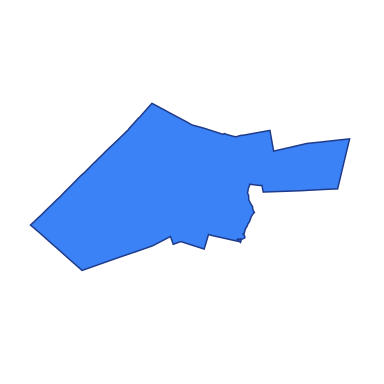 the district of Valcelele, Buzau, Romania, rotated 28°
{"feature_id": "2599482B18709155203204", "entity_name": "Valcelele", "entity_type": "district", "adm_level": 2, "iso_a3": "ROU", "parent_name": "Romania", "parent_adm1": "Buzau", "projection": "mercator", "projection_center": [27.37, 45.349], "detail": "fine", "context": "isolated", "style": "filled", "palette": "blue", "viewbox_px": 384, "rotation_deg": 28, "n_neighbors": 0, "source": "geoboundaries", "source_scale": "gbopen_adm2", "svg_char_len": 2816}
<svg xmlns="http://www.w3.org/2000/svg" viewBox="0 0 384 384"><g transform="rotate(28 192 192)"><path d="M204.9,241.5L205.3,241.3L205.9,241.0L206.2,240.9L206.3,240.8L206.5,240.8L207.1,240.7L213.4,239.6L218.2,238.7L224.3,237.6L229.5,236.7L228.4,230.9L226.5,221.8L229.5,221.2L233.2,220.2L247.7,216.2L256.7,213.7L257.4,213.6L257.6,213.6L258.1,213.6L258.5,213.7L258.4,213.3L258.3,212.7L258.1,212.0L258.0,211.5L257.2,211.7L256.6,211.9L255.5,212.3L254.9,212.5L254.5,212.6L254.2,212.6L254.3,212.4L254.6,212.0L256.0,211.4L256.8,210.8L257.9,210.2L258.7,209.7L259.2,209.1L259.9,208.0L260.1,207.5L258.9,205.9L257.9,205.2L256.7,205.2L256.9,204.7L257.4,204.4L257.5,204.0L256.5,199.4L256.7,196.8L256.5,194.7L256.3,193.8L256.6,192.3L256.6,190.8L256.5,190.1L256.0,186.9L255.9,185.3L256.2,182.3L256.7,180.7L254.6,179.5L253.0,177.6L252.2,176.3L250.5,175.5L247.4,173.4L246.4,172.7L245.6,171.9L243.5,168.3L242.5,167.6L241.4,166.8L240.9,164.7L240.2,163.1L239.8,160.6L239.7,159.1L239.2,158.1L249.1,154.3L250.6,153.3L254.9,158.6L259.1,156.2L287.3,139.9L295.7,134.8L301.4,131.4L302.2,130.9L307.4,127.8L309.1,126.8L309.5,126.5L311.5,125.3L314.1,123.8L317.9,121.6L319.1,120.9L318.9,120.3L318.5,118.7L317.4,114.3L315.4,106.6L312.6,95.9L309.9,85.5L309.5,84.0L309.0,82.0L307.1,74.6L306.7,72.9L306.3,71.5L306.2,71.1L298.8,76.1L295.0,78.7L287.2,84.0L283.0,86.9L273.6,93.2L270.4,95.4L244.9,117.6L234.3,104.1L231.9,101.0L210.0,118.3L209.2,118.5L205.3,122.2L205.0,122.6L204.5,122.8L201.7,123.6L195.2,125.0L193.8,125.1L193.4,125.1L193.0,125.3L192.4,126.4L191.2,126.7L177.4,129.2L173.3,129.9L168.3,131.0L161.4,132.6L160.0,132.8L154.9,132.6L141.9,132.6L134.7,132.6L129.1,132.5L126.9,132.5L126.2,132.5L125.5,132.5L125.4,132.5L125.1,132.5L124.3,132.5L123.6,132.5L122.4,132.5L116.1,132.5L115.3,132.5L115.0,132.5L114.9,132.6L114.9,132.9L114.7,133.9L114.2,135.6L113.3,139.5L112.7,142.0L112.3,143.5L111.6,146.5L110.6,150.8L110.1,151.7L109.8,152.9L109.5,154.2L108.8,156.9L108.6,157.9L108.3,158.9L107.7,161.5L107.4,162.4L107.1,163.7L106.7,165.2L106.6,165.6L106.6,166.3L106.6,166.5L106.4,167.3L106.2,168.0L105.6,169.6L105.1,171.4L99.6,188.2L98.3,191.9L96.3,198.0L95.9,199.6L94.8,203.0L94.1,205.1L93.6,206.6L92.8,209.4L91.5,213.3L88.9,222.0L87.5,226.6L87.1,227.2L86.2,229.8L85.2,232.8L84.8,234.3L81.9,244.2L79.4,252.2L78.7,254.8L78.4,255.7L78.2,256.8L76.5,261.6L74.2,268.9L71.8,276.2L70.9,279.1L70.1,281.7L69.5,283.7L68.1,287.4L67.4,289.7L66.0,293.8L64.9,297.0L73.0,298.8L74.1,299.0L79.1,300.2L82.2,300.9L84.5,301.5L86.6,302.0L89.7,302.8L92.6,303.5L95.7,304.2L98.0,304.7L100.6,305.4L103.0,305.9L107.2,307.0L111.0,307.9L115.5,309.0L118.0,309.6L120.9,310.3L121.9,310.5L123.4,310.9L127.8,311.9L130.2,312.5L131.7,312.9L157.5,284.8L173.0,268.3L181.4,259.2L182.9,257.4L193.9,241.4L200.0,247.0L204.9,241.5Z" fill="#3b82f6" stroke="#1e3a8a" stroke-width="1.5"/></g></svg>